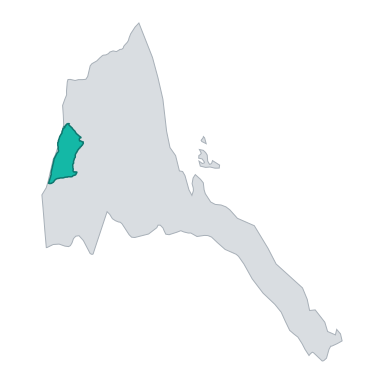 location of Forto, Gash Barka, Eritrea
{"feature_id": "51966322B10188364788737", "entity_name": "Forto", "entity_type": "district", "adm_level": 2, "iso_a3": "ERI", "parent_name": "Eritrea", "parent_adm1": "Gash Barka", "projection": "equal_earth", "projection_center": [37.054, 15.822], "detail": "fine", "context": "in_parent", "style": "filled", "palette": "teal", "viewbox_px": 384, "rotation_deg": 0, "n_neighbors": 0, "source": "geoboundaries", "source_scale": "gbopen_adm2", "svg_char_len": 6803}
<svg xmlns="http://www.w3.org/2000/svg" viewBox="0 0 384 384"><path d="M46.3,247.6L44.8,230.3L43.9,218.7L42.9,206.5L41.9,194.9L46.2,187.8L48.2,181.1L53.2,159.3L55.3,154.9L59.2,143.2L59.8,139.8L63.7,125.1L63.3,115.3L62.6,105.5L64.7,99.6L66.6,94.9L66.5,91.0L67.3,81.8L68.0,79.5L70.3,79.4L75.1,80.5L78.6,79.6L82.7,79.6L85.8,79.3L87.7,76.5L90.2,65.8L91.9,63.7L93.1,63.0L96.7,61.0L99.8,57.9L102.3,55.7L103.2,55.2L105.9,54.9L108.5,53.6L109.7,52.1L113.1,50.9L116.4,51.6L118.6,50.3L120.0,49.4L121.7,49.3L123.2,48.1L123.8,46.2L124.8,45.0L127.4,42.2L128.5,40.2L129.0,38.2L129.6,36.6L130.7,33.8L135.1,27.0L138.9,23.0L152.5,57.5L158.0,77.9L162.9,99.2L166.6,131.3L170.0,147.6L175.6,155.6L179.4,170.9L182.6,171.5L185.0,175.7L189.0,190.0L191.9,195.4L193.4,190.8L193.3,188.1L192.1,183.7L193.1,178.0L195.3,174.6L200.5,179.3L203.3,182.8L204.1,189.8L205.3,193.7L210.7,202.0L215.2,204.4L221.1,205.0L226.0,206.9L229.9,209.9L237.4,218.3L254.3,225.7L268.0,248.3L276.1,264.0L302.5,287.9L307.2,299.3L309.6,310.5L315.2,309.9L324.8,322.2L327.6,331.5L335.4,334.9L336.7,329.4L340.5,333.9L342.1,340.9L337.1,343.7L331.6,346.2L330.8,346.1L329.0,349.3L326.5,358.2L323.7,360.7L322.2,361.0L313.5,352.7L312.2,352.2L310.4,353.8L309.0,355.5L305.0,349.3L302.1,343.7L297.9,337.1L294.0,334.1L289.7,330.4L285.5,321.7L281.2,312.2L274.9,304.4L263.1,293.2L252.2,278.9L243.9,264.0L238.5,256.3L236.2,254.3L225.2,249.5L217.5,242.7L211.6,237.1L208.0,235.6L204.5,235.4L197.0,236.5L190.8,233.0L188.2,233.0L184.0,232.0L180.8,230.7L176.9,232.2L169.1,234.7L165.8,234.2L164.1,230.7L163.0,228.0L160.3,225.2L158.0,225.2L156.8,227.7L148.6,234.0L134.8,237.5L131.6,237.2L129.1,234.7L122.1,223.9L120.2,222.2L118.6,222.0L115.4,220.7L112.4,218.7L109.7,214.3L107.1,211.7L104.2,220.4L99.2,235.5L96.5,243.6L93.1,254.0L92.0,254.4L90.2,253.6L83.4,240.6L79.0,235.7L75.8,236.2L73.5,238.6L72.0,242.9L70.4,245.6L68.6,246.6L64.9,246.1L59.1,244.1L53.2,244.5L47.1,247.5L46.3,247.6ZM207.7,161.1L209.5,164.3L210.8,164.0L211.8,162.9L212.5,160.6L219.6,165.1L219.2,168.1L215.0,168.2L210.1,167.0L205.6,167.4L200.3,166.1L199.0,161.1L202.4,163.5L204.2,162.9L204.5,162.2L202.1,158.9L198.7,158.2L198.9,155.5L200.4,154.5L201.3,153.2L199.4,149.5L203.2,150.3L205.6,152.5L207.2,155.1L207.7,161.1ZM204.6,137.9L206.2,143.7L201.8,141.5L201.1,140.3L203.0,138.0L203.4,136.6L204.6,137.9Z" fill="#d9dde1" stroke="#a8b0b8" stroke-width="1"/><path d="M83.1,141.9L82.8,141.9L82.7,141.9L82.4,142.0L82.3,141.9L82.2,141.7L81.9,141.5L81.7,141.5L81.5,141.4L81.4,141.3L81.2,141.2L80.5,141.0L80.3,140.8L80.2,140.7L79.9,140.8L79.7,140.9L79.5,140.6L79.4,140.2L79.3,139.8L79.3,139.5L79.3,139.2L79.4,138.7L79.6,138.4L79.9,137.9L80.0,137.9L80.3,137.8L80.5,137.9L80.8,137.8L80.9,137.7L80.8,137.3L80.8,137.2L80.7,137.1L80.3,136.9L80.2,136.8L80.0,136.7L79.9,136.5L79.7,136.4L79.1,136.0L78.3,135.2L77.9,134.9L77.6,134.6L77.3,134.3L77.0,134.2L76.9,134.1L76.7,133.9L76.3,133.4L76.2,133.3L75.9,132.9L75.3,132.0L75.2,131.7L75.0,131.3L74.9,131.1L74.7,131.0L74.6,130.9L74.2,130.5L73.9,130.2L73.2,129.5L72.5,128.6L72.1,128.1L72.1,127.9L71.9,127.7L71.6,127.5L71.3,127.2L71.1,127.0L70.9,126.9L70.7,126.6L70.5,126.4L70.1,126.1L69.6,125.7L69.2,125.4L69.1,125.2L69.0,124.9L68.9,124.6L68.9,124.4L69.0,124.0L69.2,123.8L69.1,123.7L68.9,123.6L68.7,123.6L68.2,123.6L67.8,123.6L67.7,123.7L67.6,123.9L67.4,124.0L67.1,124.0L66.7,124.1L66.4,124.7L66.3,124.8L66.1,124.9L65.7,125.2L65.7,125.3L65.8,125.5L65.7,125.6L65.5,125.8L65.4,125.9L65.4,126.0L65.2,126.2L64.9,126.3L64.3,126.5L64.2,126.6L64.1,126.8L64.3,127.1L64.6,127.4L64.7,127.5L64.4,127.8L64.1,127.9L63.8,128.1L63.4,128.2L63.2,128.3L63.1,128.5L63.0,128.8L62.8,129.2L62.8,129.6L62.7,130.1L62.6,130.3L62.5,130.6L62.2,131.2L62.1,131.5L62.0,132.3L62.0,132.9L62.0,133.0L61.7,133.3L61.5,133.8L61.3,134.1L61.1,134.2L61.1,134.4L60.8,134.8L60.7,134.9L60.6,135.1L60.3,135.6L60.2,135.8L60.1,136.1L59.9,136.3L59.6,137.0L59.2,138.5L58.9,139.2L58.8,139.6L58.6,140.0L58.5,140.3L58.4,140.7L58.4,141.0L58.5,141.2L58.5,141.6L58.4,141.8L58.2,142.0L57.9,142.3L57.8,142.8L57.8,143.7L57.8,144.8L57.8,145.1L57.8,145.4L57.9,145.8L58.2,146.7L58.3,147.0L58.3,147.5L58.2,148.0L58.2,148.3L58.1,148.8L58.2,149.2L58.2,149.5L58.5,150.6L58.5,150.9L58.5,151.2L58.4,151.5L58.2,151.9L57.1,153.0L55.0,157.2L54.7,157.8L54.5,158.1L54.4,158.4L54.3,158.5L54.2,158.6L54.1,158.8L53.7,161.2L53.6,161.7L53.4,162.8L52.7,165.3L52.6,165.9L52.2,168.0L52.1,168.3L51.9,169.0L51.8,169.5L51.7,170.0L51.1,172.8L51.2,174.1L51.3,174.4L51.3,174.7L51.2,174.8L50.9,175.2L50.7,176.3L50.6,176.5L50.6,176.8L50.2,178.0L50.0,178.4L50.0,178.8L49.8,179.2L49.7,179.4L49.3,180.9L49.0,181.8L48.9,182.1L48.9,182.3L48.8,182.6L48.7,182.9L48.6,183.1L48.7,183.3L48.9,183.4L49.0,183.4L49.3,183.5L49.5,183.5L49.8,183.5L50.1,183.5L50.3,183.4L50.5,183.5L50.8,183.4L51.0,183.4L51.5,183.3L51.8,183.2L52.0,183.0L52.1,182.8L53.2,182.3L53.4,182.1L53.6,181.9L53.8,181.6L54.3,180.8L54.5,180.5L54.7,180.3L54.8,180.1L56.1,179.1L56.6,178.8L57.6,178.5L58.1,178.5L58.8,178.3L59.0,178.3L59.4,178.2L59.7,178.1L60.6,177.9L62.2,177.9L63.0,177.9L63.4,177.8L63.9,177.7L64.1,177.6L64.3,177.5L65.2,177.2L65.6,177.2L66.2,177.1L66.4,177.1L66.8,177.1L67.2,177.1L67.4,177.1L67.6,177.0L67.8,176.8L68.3,176.7L68.6,176.8L69.4,176.7L70.4,176.8L71.6,176.7L71.9,176.7L72.4,176.4L72.5,176.3L72.7,176.1L72.8,175.9L73.0,175.7L73.4,175.6L73.6,175.5L74.1,175.4L74.6,175.2L74.9,175.1L75.0,175.0L75.3,175.0L75.5,174.9L75.8,174.6L75.9,174.4L76.0,174.2L76.1,173.7L76.3,173.4L76.6,173.1L76.8,172.8L76.8,172.6L76.8,172.4L76.8,172.2L76.7,172.0L76.4,172.0L76.1,172.0L75.7,172.0L75.4,171.9L75.3,172.0L75.0,172.0L74.8,171.9L74.7,172.0L74.3,171.9L74.1,172.0L74.0,171.9L73.6,171.8L73.5,171.7L73.2,171.3L73.1,170.8L73.0,170.5L73.1,170.1L73.2,169.4L73.2,169.0L73.1,168.5L73.0,168.2L72.8,167.7L72.8,167.3L72.9,166.9L72.8,166.5L72.8,166.2L72.8,165.8L72.7,165.6L72.7,165.0L72.7,164.8L72.7,164.5L72.9,164.1L73.0,163.9L73.2,163.7L73.3,163.7L73.5,163.3L73.6,163.2L73.6,162.9L73.6,162.7L73.5,162.3L73.6,162.1L73.5,161.5L73.6,161.2L73.7,160.7L73.8,160.4L74.0,160.0L74.1,159.9L74.2,159.3L74.3,158.8L74.4,158.4L74.7,158.0L75.0,157.7L75.2,157.4L75.2,157.2L75.3,156.8L75.3,156.5L75.3,156.0L75.3,155.7L75.2,155.6L75.3,155.2L75.3,154.8L75.4,154.5L75.5,154.3L75.7,153.8L75.9,153.6L76.0,153.3L76.0,153.2L76.3,152.8L76.6,152.5L76.7,152.4L76.7,152.2L76.8,152.1L76.8,151.8L77.0,151.5L77.2,151.3L77.2,151.2L77.4,151.1L77.5,150.8L77.6,150.6L77.8,150.4L77.9,150.1L78.0,149.7L78.6,149.3L78.6,149.2L78.7,148.8L78.8,148.7L79.0,148.6L79.1,148.4L79.5,148.1L79.8,148.0L79.9,147.7L80.0,147.6L80.1,147.3L80.2,147.1L80.4,147.1L80.5,147.0L80.7,146.7L81.1,146.5L81.2,146.3L81.3,146.2L81.8,145.5L82.0,145.3L82.2,145.2L82.4,145.0L82.4,144.8L82.5,144.7L82.8,144.3L82.8,144.2L82.9,143.9L83.0,143.8L83.2,143.6L83.3,143.3L83.3,143.2L83.2,142.9L83.2,142.6L83.2,142.4L83.2,142.2L83.1,141.9Z" fill="#14b8a6" stroke="#0f766e" stroke-width="1.5"/></svg>